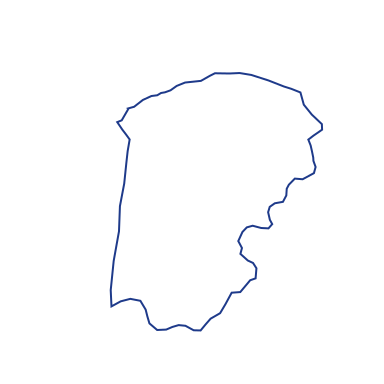 the district of Bjurholm, Västerbotten, Sweden, rotated 298°
{"feature_id": "70781695B45286900623809", "entity_name": "Bjurholm", "entity_type": "district", "adm_level": 2, "iso_a3": "SWE", "parent_name": "Sweden", "parent_adm1": "Västerbotten", "projection": "orthographic", "projection_center": [18.977, 63.981], "detail": "fine", "context": "isolated", "style": "outline", "palette": "blue", "viewbox_px": 384, "rotation_deg": 298, "n_neighbors": 0, "source": "geoboundaries", "source_scale": "gbopen_adm2", "svg_char_len": 1246}
<svg xmlns="http://www.w3.org/2000/svg" viewBox="0 0 384 384"><g transform="rotate(298 192 192)"><path d="M53.2,174.6L62.0,180.4L68.7,187.7L71.7,197.5L66.4,206.3L61.2,211.0L56.0,216.1L53.8,226.0L58.4,233.8L63.6,238.0L68.2,242.7L70.8,249.0L70.7,258.4L73.8,264.6L81.6,266.2L88.9,267.9L98.2,273.7L108.6,274.2L121.7,274.3L126.3,281.6L141.4,284.8L145.6,288.7L154.9,284.7L158.0,279.2L157.7,273.4L160.1,263.8L166.0,262.4L170.4,255.9L180.4,255.3L186.5,257.0L190.7,261.4L192.7,270.0L195.8,276.6L201.3,277.9L204.0,273.8L209.9,268.7L215.4,267.6L220.9,270.4L226.0,276.9L233.2,276.9L239.4,274.1L243.9,274.1L252.1,276.5L255.2,283.7L265.9,290.8L272.1,289.4L276.5,284.6L279.3,282.9L284.4,278.7L288.8,274.9L292.9,270.1L298.8,272.8L308.1,277.6L312.9,274.8L316.6,261.4L321.6,249.7L328.8,242.9L330.8,241.0L329.7,231.1L328.3,223.6L326.4,207.2L323.2,189.4L319.4,178.2L314.2,169.4L307.6,156.5L302.8,153.1L302.3,152.8L294.3,147.7L285.4,134.5L278.5,128.7L271.7,125.3L267.3,121.3L264.9,118.2L261.1,115.9L257.7,111.1L250.2,105.4L240.1,100.9L236.1,96.7L236.1,96.8L222.3,96.3L218.6,93.2L214.4,101.1L211.7,107.0L209.1,112.3L197.9,116.0L187.3,120.2L167.6,128.2L145.7,135.0L123.0,146.0L94.4,155.2L67.2,166.3L53.2,174.6Z" fill="none" stroke="#1e3a8a" stroke-width="2"/></g></svg>